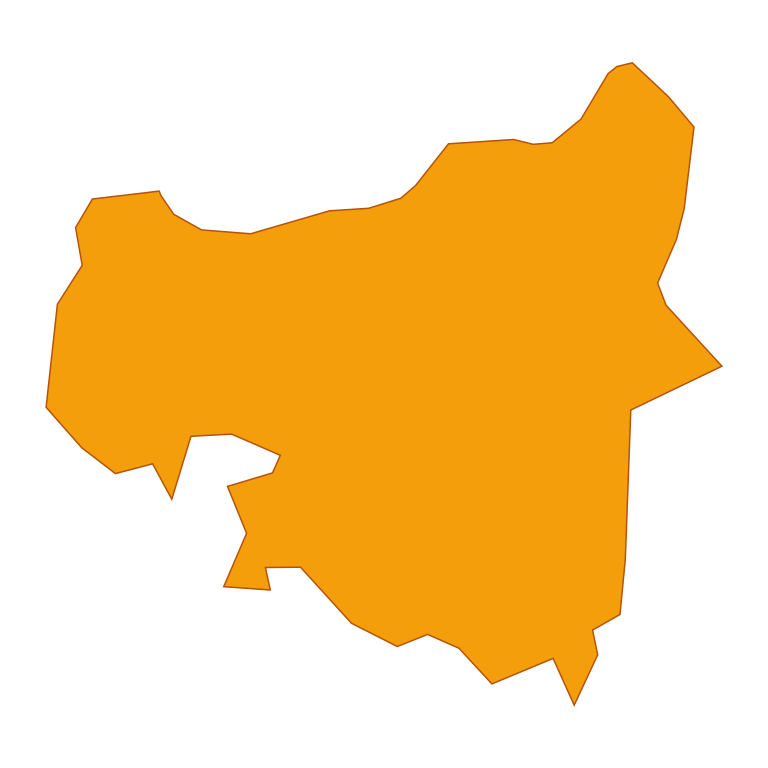 King George, Virginia, United States of America
{"feature_id": "52423323B49915090646837", "entity_name": "King George", "entity_type": "district", "adm_level": 2, "iso_a3": "USA", "parent_name": "United States of America", "parent_adm1": "Virginia", "projection": "albers", "projection_center": [-77.168, 38.271], "detail": "fine", "context": "isolated", "style": "filled", "palette": "amber", "viewbox_px": 768, "rotation_deg": 0, "n_neighbors": 0, "source": "geoboundaries", "source_scale": "gbopen_adm2", "svg_char_len": 794}
<svg xmlns="http://www.w3.org/2000/svg" viewBox="0 0 768 768"><path d="M491.9,683.9L553.1,658.4L574.2,705.2L597.7,654.8L592.6,630.0L620.0,614.5L625.3,559.3L630.8,410.0L721.9,366.2L666.1,305.3L657.6,283.1L676.4,239.4L684.2,208.6L694.0,127.1L668.6,96.9L632.3,62.8L617.0,66.5L608.1,73.6L581.1,119.0L552.2,142.8L533.1,144.3L513.6,139.5L448.5,143.8L415.5,185.6L400.9,198.2L368.6,208.3L329.5,210.8L250.5,233.8L201.5,229.9L173.7,214.3L160.9,195.5L159.2,191.1L92.4,199.0L75.6,227.6L82.2,265.4L57.4,304.2L46.1,407.3L81.8,447.8L115.4,473.6L152.6,463.8L171.8,499.2L191.0,436.3L231.5,434.1L280.3,455.3L272.5,472.9L227.5,486.4L246.6,533.3L223.7,586.7L270.3,590.0L265.4,567.5L300.5,567.2L351.5,623.3L397.3,646.5L427.6,634.4L459.0,648.3L491.9,683.9Z" fill="#f59e0b" stroke="#b45309" stroke-width="1.5"/></svg>